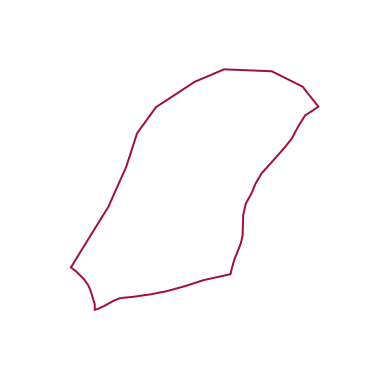 the district of Derniere Riviere/Morne Panache, Dennery, Saint Lucia, rotated 133°
{"feature_id": "8701671B48498321599703", "entity_name": "Derniere Riviere/Morne Panache", "entity_type": "district", "adm_level": 2, "iso_a3": "LCA", "parent_name": "Saint Lucia", "parent_adm1": "Dennery", "projection": "orthographic", "projection_center": [-60.929, 13.953], "detail": "fine", "context": "isolated", "style": "outline", "palette": "rose", "viewbox_px": 384, "rotation_deg": 133, "n_neighbors": 0, "source": "geoboundaries", "source_scale": "gbopen_adm2", "svg_char_len": 932}
<svg xmlns="http://www.w3.org/2000/svg" viewBox="0 0 384 384"><g transform="rotate(133 192 192)"><path d="M344.5,182.8L342.3,181.5L341.6,181.1L335.0,178.4L328.2,176.2L324.6,175.0L318.8,172.3L314.4,168.5L309.7,164.3L294.7,152.2L282.5,143.4L281.7,142.8L265.4,132.8L248.5,123.4L232.8,112.6L227.0,108.6L225.8,107.8L224.4,108.6L222.7,109.7L215.8,113.3L212.2,115.1L196.5,121.1L189.2,125.4L182.4,131.4L174.0,138.8L163.6,144.8L152.6,147.5L147.4,149.4L142.7,151.2L133.2,153.3L130.1,153.9L122.8,153.9L120.9,154.0L97.2,154.5L85.7,155.4L84.6,155.5L81.4,156.4L72.6,158.8L59.0,161.5L56.9,161.0L48.0,158.8L45.2,158.2L43.4,157.8L40.3,178.2L39.5,182.9L49.3,216.0L80.4,252.2L109.6,265.2L154.4,276.2L155.3,276.1L186.6,272.2L211.3,260.6L218.7,257.2L243.8,248.6L259.6,243.1L273.4,240.4L315.1,232.1L324.8,230.1L329.8,229.1L329.1,222.8L329.5,211.1L330.9,204.6L333.1,199.3L340.5,186.5L344.5,182.8Z" fill="none" stroke="#9f1239" stroke-width="2"/></g></svg>